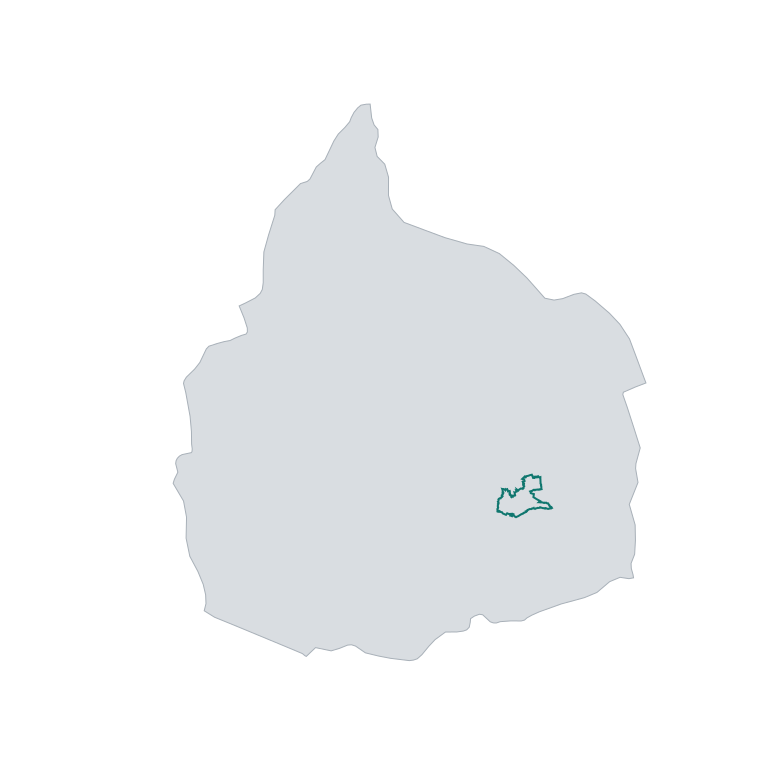 Goromonzi, Mashonaland East, Zimbabwe shown in context, rotated 70°
{"feature_id": "62879985B13905566839040", "entity_name": "Goromonzi", "entity_type": "district", "adm_level": 2, "iso_a3": "ZWE", "parent_name": "Zimbabwe", "parent_adm1": "Mashonaland East", "projection": "albers", "projection_center": [31.401, -17.8], "detail": "fine", "context": "in_parent", "style": "outline", "palette": "teal", "viewbox_px": 768, "rotation_deg": 70, "n_neighbors": 0, "source": "geoboundaries", "source_scale": "gbopen_adm2", "svg_char_len": 7547}
<svg xmlns="http://www.w3.org/2000/svg" viewBox="0 0 768 768"><g transform="rotate(70 384 384)"><path d="M535.6,630.5L529.5,626.4L521.1,623.7L510.4,622.4L496.5,623.0L479.5,625.4L461.2,622.7L441.6,615.1L425.4,612.4L406.0,616.0L405.2,616.1L401.8,613.5L396.4,607.9L387.6,607.0L385.1,605.7L383.1,603.6L381.8,600.9L381.3,597.9L382.6,588.5L381.8,587.5L379.4,586.4L374.5,585.3L362.8,581.2L348.1,577.3L324.2,573.2L314.9,572.2L312.7,570.8L310.0,567.4L305.2,556.8L300.8,549.7L290.3,539.0L288.6,535.6L288.9,526.9L289.5,519.8L290.5,513.8L289.9,508.2L289.6,501.3L289.9,496.6L288.4,494.6L284.6,493.3L274.0,492.9L261.1,493.4L260.5,486.4L259.1,475.5L256.5,469.3L253.5,466.0L247.4,462.8L235.3,458.4L218.8,451.7L204.5,441.5L188.1,428.9L183.0,426.7L176.7,414.6L167.1,393.9L167.4,386.8L166.0,383.4L156.9,373.4L154.8,368.1L153.0,362.7L138.5,348.0L133.5,341.5L129.6,333.1L125.8,326.5L122.6,323.8L118.5,319.3L115.5,314.2L114.1,310.3L115.0,305.0L116.2,301.3L129.8,304.6L137.1,304.7L142.8,302.7L149.9,305.0L158.6,311.6L167.8,312.6L177.7,308.1L191.2,309.0L208.3,315.3L222.4,316.4L239.0,309.9L253.6,292.8L267.3,276.7L280.8,258.1L288.8,243.2L300.9,231.0L316.9,221.5L333.3,213.4L358.4,203.5L363.3,195.5L364.9,186.9L364.7,174.9L365.9,167.2L368.5,163.6L372.7,160.8L378.1,157.2L394.7,147.9L408.6,141.9L425.6,137.9L444.3,137.7L462.3,137.6L472.6,137.5L472.8,149.0L473.6,161.9L475.6,163.2L489.1,163.4L510.8,164.2L531.7,165.1L545.0,174.5L549.5,176.5L563.4,179.0L581.0,194.7L602.3,196.2L616.9,201.2L629.7,206.7L637.1,213.2L641.9,214.7L648.3,215.2L651.5,215.8L650.7,220.4L646.4,228.3L646.9,239.5L652.7,255.2L653.3,268.8L651.3,292.7L651.2,315.9L651.8,324.2L652.7,329.7L653.9,332.7L653.6,336.1L650.0,345.8L647.1,356.0L647.0,360.1L645.9,363.0L643.8,365.5L634.6,370.2L633.0,373.1L633.0,378.4L634.1,382.9L637.5,384.5L641.7,387.1L643.3,390.4L643.3,393.9L641.9,400.4L638.1,411.1L641.7,423.5L645.8,431.6L651.3,440.9L653.6,446.7L653.5,450.8L652.6,454.8L644.0,471.7L637.8,482.1L630.3,493.4L620.5,500.4L617.9,503.8L616.9,507.6L617.2,516.1L616.7,524.9L608.3,538.5L613.4,550.2L612.2,551.3L609.4,552.9L597.3,566.0L585.1,579.3L576.2,589.0L566.1,600.0L554.8,612.4L545.2,623.0L535.6,630.5Z" fill="#d9dde1" stroke="#a8b0b8" stroke-width="1"/><path d="M525.0,268.9L525.0,269.0L525.3,269.1L525.5,269.3L525.1,269.7L524.9,270.1L524.7,270.3L524.4,270.4L524.1,270.4L524.0,270.6L523.6,270.7L523.7,270.9L523.5,271.0L523.4,271.2L523.7,271.3L523.6,271.6L524.0,271.7L524.0,272.1L524.1,272.3L523.5,273.0L522.9,273.3L522.9,273.5L523.1,273.7L523.2,273.8L522.9,274.1L523.4,274.2L523.8,274.7L523.7,274.9L523.4,275.5L523.3,276.0L519.8,276.1L519.6,277.8L519.6,278.4L519.6,279.6L519.5,280.6L519.4,281.1L519.4,281.4L519.0,281.1L520.1,282.7L519.0,283.2L520.5,286.6L520.9,286.1L521.2,286.1L521.3,285.5L521.5,285.0L522.4,285.0L523.4,285.1L523.5,285.3L523.5,285.8L523.6,286.1L523.5,287.0L523.9,286.9L525.0,286.9L525.1,287.2L525.0,287.3L525.7,287.5L525.7,287.2L525.5,286.9L525.4,286.7L525.6,286.5L525.8,286.6L525.9,287.0L526.4,287.2L526.4,287.5L526.1,287.6L526.3,287.8L526.5,287.8L526.8,287.2L527.4,287.5L528.0,287.2L528.5,287.9L529.1,288.8L529.1,288.7L529.3,288.4L529.5,288.4L530.0,289.4L529.4,289.7L529.4,290.6L529.0,291.1L529.0,291.3L529.4,293.0L529.6,293.5L530.1,294.3L528.7,295.2L529.0,295.2L530.0,295.7L529.8,295.9L529.5,296.2L530.3,296.2L530.3,296.3L530.5,297.0L530.7,297.7L530.8,298.4L530.7,298.5L533.2,298.8L533.1,299.3L533.6,299.4L533.4,300.8L532.9,301.5L533.7,301.7L533.4,302.0L534.0,302.8L533.7,303.0L532.9,302.1L532.9,301.9L532.3,302.1L532.0,302.9L532.2,303.0L532.0,303.3L531.5,303.6L531.0,303.8L530.7,303.7L530.8,303.3L530.1,303.1L530.0,303.3L528.7,302.8L528.7,303.1L527.5,302.6L527.4,303.3L527.3,303.6L526.8,303.7L526.7,303.8L526.9,304.2L524.9,304.2L524.9,305.5L525.0,305.7L524.7,305.8L525.3,306.4L524.3,306.7L524.1,307.0L523.8,307.4L523.5,307.8L523.4,308.1L523.2,308.4L523.2,308.5L523.5,308.7L523.4,308.8L523.7,308.8L523.9,308.9L524.3,308.8L525.2,309.1L525.8,309.1L526.0,309.2L526.3,309.1L526.3,309.4L526.3,309.6L526.5,309.7L526.9,309.9L527.4,309.7L527.4,309.8L527.5,309.8L527.8,310.0L528.0,309.9L528.1,310.0L528.2,310.3L528.3,310.3L528.4,310.6L528.7,310.6L529.1,310.9L529.1,311.0L529.1,311.3L529.8,311.1L529.8,311.3L529.9,311.7L530.1,311.8L530.4,312.1L530.5,312.3L530.7,312.2L530.8,312.5L530.8,312.9L531.0,313.2L531.1,313.3L531.3,313.5L531.1,314.0L531.2,314.3L531.0,314.6L531.2,314.9L531.2,315.4L531.6,316.0L532.1,316.0L532.5,316.1L533.0,316.5L533.4,316.7L533.5,317.0L533.7,316.9L534.2,316.9L534.9,317.6L535.2,317.4L535.4,317.5L535.5,317.3L536.3,317.9L536.5,318.3L536.7,318.5L537.0,318.5L537.6,318.7L538.1,319.0L538.5,318.9L538.9,319.1L539.2,319.0L539.7,319.4L539.9,319.9L540.2,320.2L540.7,320.4L540.9,320.4L541.2,320.3L541.5,320.4L542.0,320.8L542.4,321.0L542.7,321.0L543.1,320.3L542.1,319.7L543.2,318.7L543.7,319.0L544.8,317.0L546.2,316.7L548.7,314.1L547.6,312.5L548.9,311.1L549.4,309.3L550.8,310.4L551.0,310.1L551.0,309.6L551.3,309.5L551.5,309.4L551.7,309.1L551.9,309.0L552.0,308.9L551.6,308.5L550.4,308.3L550.1,307.6L550.3,307.5L550.3,307.4L550.5,307.3L550.5,307.0L550.6,306.9L550.8,307.1L550.9,306.9L551.0,306.9L551.1,307.0L551.7,307.0L552.0,306.9L552.4,306.9L553.0,306.4L553.3,306.4L553.5,306.3L553.8,305.9L554.3,305.5L554.1,304.1L554.1,303.4L554.1,303.0L554.0,302.7L553.9,302.2L553.8,301.6L553.6,301.1L553.6,300.3L553.3,299.8L553.3,299.1L553.4,298.9L553.2,298.3L553.3,298.1L553.4,297.8L553.2,297.3L553.0,297.2L552.9,296.8L552.8,296.6L553.0,296.2L552.9,296.0L553.0,295.6L552.7,295.1L552.8,294.5L552.7,294.5L552.4,294.4L552.3,294.2L552.2,294.2L552.3,293.9L552.5,293.6L552.4,293.2L552.2,293.2L551.9,292.7L551.7,292.7L551.4,292.2L551.6,291.7L551.6,291.4L551.5,291.2L551.5,290.9L551.4,290.7L551.3,290.3L551.4,289.6L551.7,289.0L551.9,288.5L551.8,288.0L551.7,287.8L551.8,287.6L551.6,287.4L551.7,286.6L552.0,286.0L551.9,285.8L552.2,285.8L552.5,285.1L553.0,284.8L552.9,284.5L552.9,284.2L552.9,283.9L552.8,283.7L553.0,283.0L553.0,282.5L552.9,282.1L553.3,281.3L553.5,280.5L553.5,280.1L553.3,279.9L553.6,279.5L553.4,279.2L555.0,277.2L555.1,276.8L555.3,276.6L555.5,276.0L556.1,275.4L555.7,275.0L555.7,274.9L556.0,274.3L556.7,273.7L556.9,273.3L557.3,272.9L557.4,272.7L557.6,272.2L557.5,271.9L557.6,271.7L557.7,271.4L557.6,271.0L557.6,270.8L557.5,270.6L558.0,270.0L558.1,269.8L558.1,269.5L557.9,269.4L558.0,269.1L557.9,268.9L557.9,268.6L557.5,268.7L557.5,269.0L557.3,269.0L556.9,269.4L556.6,269.4L556.4,269.5L556.3,269.3L556.2,269.4L556.1,269.5L556.1,269.8L555.7,270.0L555.3,270.0L555.2,269.9L554.6,270.0L554.6,270.3L553.8,270.4L553.3,270.5L553.1,270.5L552.4,270.5L552.1,270.8L552.0,271.5L551.6,271.9L551.1,272.1L551.1,272.4L550.9,272.6L550.7,273.3L550.5,273.5L550.6,273.8L550.6,274.2L550.2,274.5L550.1,274.9L549.7,275.3L549.5,275.6L549.2,276.1L549.0,276.3L549.0,276.5L548.8,276.6L548.7,276.8L548.3,277.2L548.4,277.4L548.3,277.7L548.4,278.0L548.5,278.0L548.3,278.4L548.1,278.6L548.0,278.9L547.3,277.4L544.6,279.8L541.4,282.3L538.7,280.8L536.8,283.4L535.6,283.2L534.9,283.4L534.9,282.8L535.1,282.4L535.0,282.1L535.2,281.8L535.2,281.5L534.9,280.9L534.8,280.2L534.6,279.6L535.0,278.8L535.0,278.7L535.0,278.4L535.1,278.2L535.3,278.2L535.2,277.9L535.3,277.7L535.4,277.0L535.4,276.9L535.6,276.5L535.6,276.4L535.7,275.9L535.7,275.7L535.9,275.5L535.9,275.2L536.1,275.0L536.1,274.5L536.3,274.4L536.2,274.1L536.3,273.8L536.4,273.6L536.3,273.4L536.6,273.1L536.6,272.4L536.7,271.9L535.7,271.8L534.5,271.3L534.1,271.4L533.6,271.1L533.0,271.2L532.6,271.0L532.4,270.8L532.0,270.7L531.2,271.0L529.6,270.4L529.2,270.3L528.5,270.1L527.4,269.7L526.1,269.4L525.9,269.2L525.0,268.9Z" fill="none" stroke="#0f766e" stroke-width="2"/></g></svg>